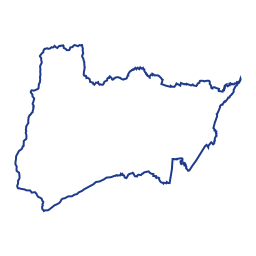 Kui Buri, Prachuap Khiri Khan, Thailand (Equal Earth projection)
{"feature_id": "78962969B26279095645158", "entity_name": "Kui Buri", "entity_type": "district", "adm_level": 2, "iso_a3": "THA", "parent_name": "Thailand", "parent_adm1": "Prachuap Khiri Khan", "projection": "equal_earth", "projection_center": [99.804, 12.111], "detail": "fine", "context": "isolated", "style": "outline", "palette": "blue", "viewbox_px": 256, "rotation_deg": 0, "n_neighbors": 0, "source": "geoboundaries", "source_scale": "gbopen_adm2", "svg_char_len": 5678}
<svg xmlns="http://www.w3.org/2000/svg" viewBox="0 0 256 256"><path d="M240.5,78.6L240.2,79.8L238.6,82.4L237.0,82.0L236.4,83.3L234.6,83.4L234.3,84.1L233.3,84.4L232.3,83.9L231.8,84.4L230.3,83.2L229.7,83.8L229.7,84.6L229.3,84.3L229.2,85.4L228.2,85.8L227.7,86.3L226.7,85.5L226.7,84.3L226.2,84.5L224.8,85.7L225.1,86.3L224.9,86.9L224.9,87.6L224.3,87.5L224.3,88.8L224.0,88.8L224.0,90.2L223.1,90.1L222.7,91.6L218.7,91.0L218.6,90.7L219.0,88.9L215.7,87.9L214.5,87.2L213.2,87.4L212.5,88.5L211.5,88.2L211.2,87.4L211.2,86.4L210.7,85.1L209.7,83.9L209.8,81.8L209.2,80.9L207.8,80.7L205.2,81.0L204.6,81.4L202.7,80.8L200.2,80.8L199.7,81.2L199.4,82.8L197.7,83.5L197.2,84.9L196.3,86.0L193.3,85.4L192.7,84.5L191.0,85.4L186.6,83.8L186.4,84.5L184.7,84.0L184.2,84.3L180.9,83.0L180.3,85.6L176.5,83.5L175.8,85.0L174.4,86.8L171.5,86.7L171.5,86.4L170.6,85.8L170.2,86.8L166.0,85.7L161.4,84.0L162.7,79.7L161.8,79.2L161.0,77.9L158.6,75.7L157.3,75.3L154.4,75.4L153.9,74.7L152.4,73.8L152.2,75.1L151.2,74.6L150.1,75.7L149.6,76.5L149.8,77.7L149.6,77.7L149.2,76.7L147.8,75.6L147.6,75.8L147.2,75.5L147.1,74.7L146.8,74.8L146.0,73.9L145.9,72.8L145.2,72.4L144.5,71.3L144.3,69.5L143.6,69.4L143.7,69.0L143.1,68.6L142.9,67.9L142.2,68.4L141.5,68.6L140.5,67.5L140.2,67.8L139.8,67.7L139.8,68.3L139.3,69.2L138.6,68.8L138.5,68.3L137.7,68.4L137.4,67.9L136.9,68.3L136.0,68.2L136.0,68.6L135.6,68.2L135.5,68.7L134.5,68.5L134.1,69.4L133.3,69.3L133.3,69.7L132.8,70.1L131.8,70.0L130.6,71.2L129.9,71.5L128.1,74.3L128.3,75.5L127.7,75.6L127.4,76.1L127.3,76.9L126.8,78.1L126.0,78.8L124.9,78.8L124.5,79.2L124.1,79.1L123.2,79.6L121.5,79.0L120.2,77.8L119.6,77.9L118.7,77.3L117.0,77.2L115.4,77.6L114.6,78.3L114.1,78.3L113.4,79.4L112.7,79.7L112.1,79.4L111.5,78.0L109.8,76.3L108.9,77.3L108.9,78.0L108.0,78.0L107.3,78.6L107.1,80.4L105.2,81.3L104.1,82.2L103.8,83.5L102.9,84.7L102.3,84.8L100.1,84.3L99.6,84.7L98.4,83.5L98.1,82.2L97.1,82.8L96.1,82.6L94.3,84.7L93.8,84.1L93.0,83.7L92.9,82.6L90.1,81.9L89.9,80.1L89.5,79.0L87.7,77.8L86.4,78.1L86.1,76.0L85.5,75.7L84.4,75.8L83.7,74.8L84.0,71.3L84.4,69.9L84.5,67.9L84.8,67.3L84.4,65.7L84.2,61.7L83.9,61.2L83.2,58.4L82.2,56.7L82.2,55.3L82.6,54.8L83.2,53.5L82.6,49.7L82.9,48.8L82.3,46.9L82.1,45.1L81.5,45.0L80.5,45.4L79.4,45.1L78.0,46.2L74.6,45.0L73.1,46.1L72.5,47.1L70.3,47.4L69.6,49.7L69.0,50.1L66.7,50.1L65.6,48.8L63.8,48.0L63.5,45.8L63.1,45.3L62.1,45.8L61.3,45.5L60.4,46.1L59.5,45.9L58.6,46.5L57.3,48.0L55.6,47.0L54.6,45.9L53.4,47.3L52.7,47.5L51.5,47.2L50.1,48.5L48.3,48.8L47.0,48.2L45.8,48.8L44.6,48.8L43.4,50.7L43.3,52.3L41.9,53.3L39.9,55.9L39.9,56.4L41.1,57.8L41.3,60.3L41.8,62.6L40.1,66.1L40.4,69.7L40.2,71.7L40.4,73.5L40.4,75.5L40.0,76.6L40.2,79.8L39.8,82.6L38.9,84.1L38.5,88.3L38.0,88.9L34.1,90.6L31.6,90.3L30.8,91.5L30.9,92.6L32.4,94.5L32.5,96.4L34.2,98.5L33.5,101.4L32.6,103.8L32.8,104.5L33.6,105.4L33.7,106.7L33.2,107.0L33.5,108.1L32.7,111.0L32.7,112.1L31.5,113.1L30.4,114.8L29.5,115.2L29.1,116.6L28.6,117.1L28.2,121.4L28.4,122.8L26.1,126.6L26.2,128.1L25.8,129.8L26.3,131.1L25.7,132.4L26.4,135.2L26.4,138.6L25.9,139.4L25.2,139.6L23.8,141.0L23.6,146.0L22.7,146.3L22.4,147.8L21.4,149.3L19.0,150.9L16.1,156.3L16.0,159.0L15.6,161.2L15.4,164.2L16.7,166.5L16.5,169.4L16.7,171.0L19.0,172.6L19.5,175.7L19.5,178.1L18.9,179.7L18.1,180.5L18.0,183.8L17.2,185.6L17.4,187.1L18.1,188.3L19.5,188.3L20.7,188.8L24.5,189.4L26.3,190.3L30.2,190.5L31.7,192.6L35.0,192.2L36.4,193.6L36.7,194.7L38.3,197.0L39.8,197.5L41.6,198.7L42.3,200.7L43.2,201.7L43.2,202.9L42.4,204.2L42.8,205.5L42.1,206.6L42.2,208.5L42.6,209.5L43.5,210.1L43.9,211.0L45.0,210.4L47.7,210.3L48.7,209.9L54.8,205.1L56.3,204.6L59.1,203.1L60.4,201.7L61.5,199.5L62.3,198.8L65.2,198.1L68.1,196.4L71.8,196.3L74.7,194.6L77.0,194.1L78.7,192.4L82.4,190.7L83.6,189.6L93.5,184.2L95.9,182.0L99.4,181.5L103.9,179.4L106.5,177.6L111.0,177.2L114.3,175.9L115.4,175.9L115.7,175.5L116.8,175.1L117.3,175.7L119.1,175.3L120.1,175.5L120.4,175.3L120.9,173.8L122.0,174.8L122.4,174.1L123.0,175.0L124.1,175.5L124.7,177.5L126.4,178.1L127.8,175.8L127.9,175.3L128.7,174.3L129.5,174.2L130.2,173.6L132.2,173.3L132.8,172.8L133.4,173.3L134.8,176.2L136.2,176.4L136.6,176.1L137.2,176.3L137.7,175.1L138.5,174.7L140.9,175.1L142.3,173.6L142.7,173.7L144.3,172.3L148.6,171.4L150.2,173.2L152.1,173.9L153.4,174.0L153.3,176.0L155.9,176.1L155.7,177.1L156.2,177.8L156.6,178.0L157.3,177.5L158.2,177.5L159.2,178.2L159.0,178.9L159.6,180.4L160.6,181.9L161.5,182.5L162.8,182.7L163.4,183.5L163.8,182.8L165.3,182.9L166.1,183.3L166.8,182.0L167.9,183.0L169.6,183.1L171.9,169.3L172.6,159.0L174.0,159.0L174.7,159.4L176.5,158.9L177.0,159.4L177.7,158.8L179.1,158.5L181.5,158.3L182.4,158.6L182.5,159.9L182.1,161.2L181.6,161.6L181.2,160.8L180.6,161.1L180.5,161.8L181.1,162.1L180.8,163.2L181.0,163.8L181.2,164.0L181.9,163.1L183.3,163.9L183.8,162.7L185.0,163.3L185.3,164.0L184.4,164.0L184.4,165.4L185.3,165.6L185.5,166.0L186.0,165.9L186.4,167.0L186.0,168.0L186.6,168.9L187.5,169.6L188.0,170.7L189.0,170.6L189.5,170.2L192.4,165.7L196.1,160.6L205.1,146.1L206.6,144.9L208.2,147.3L208.3,145.9L211.2,142.3L212.0,142.9L212.9,144.3L213.3,144.3L213.8,143.7L214.3,142.9L214.2,141.4L214.4,140.9L214.9,140.7L214.7,138.9L215.9,136.2L216.6,135.8L216.2,134.9L216.5,133.5L216.0,133.3L215.8,132.9L216.3,131.5L215.5,131.3L215.3,130.2L214.4,130.3L214.1,128.5L213.4,128.0L214.8,122.7L217.1,116.3L217.1,115.0L216.7,114.1L217.3,113.6L218.4,111.3L220.0,107.5L219.9,106.4L220.7,105.3L221.5,104.6L222.1,104.8L222.4,105.6L222.4,104.8L224.2,101.7L224.8,101.3L225.1,101.8L225.6,101.4L227.7,98.7L228.2,97.5L229.4,97.5L230.2,95.8L231.2,95.1L231.8,94.1L232.1,94.1L233.6,91.9L233.8,91.1L233.6,90.0L235.5,86.3L236.8,85.3L237.4,83.4L238.4,83.4L239.0,82.7L240.4,80.2L240.6,78.9L240.5,78.6Z" fill="none" stroke="#1e3a8a" stroke-width="2"/></svg>